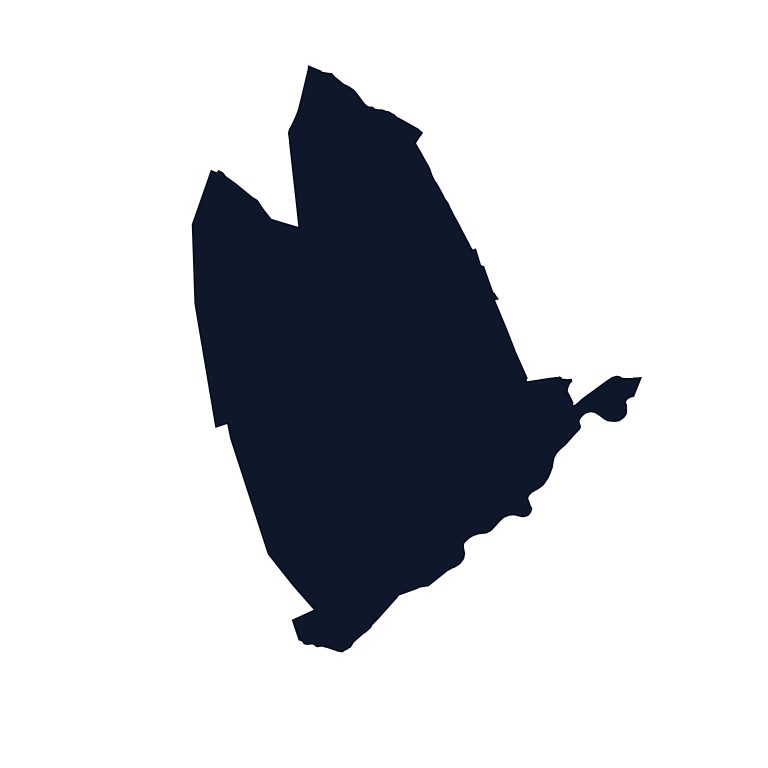 Zanesti, Neamt, Romania (Natural Earth projection), rotated 291°
{"feature_id": "2599482B84158919425532", "entity_name": "Zanesti", "entity_type": "district", "adm_level": 2, "iso_a3": "ROU", "parent_name": "Romania", "parent_adm1": "Neamt", "projection": "natural_earth1", "projection_center": [26.587, 46.826], "detail": "fine", "context": "isolated", "style": "filled", "palette": "ink", "viewbox_px": 768, "rotation_deg": 291, "n_neighbors": 0, "source": "geoboundaries", "source_scale": "gbopen_adm2", "svg_char_len": 5667}
<svg xmlns="http://www.w3.org/2000/svg" viewBox="0 0 768 768"><g transform="rotate(291 384 384)"><path d="M462.0,621.3L471.9,621.4L481.8,621.6L480.3,618.5L479.1,615.7L477.9,614.0L477.5,612.8L476.6,610.6L475.9,609.0L475.3,607.2L474.5,604.6L474.6,602.7L475.1,601.5L475.0,601.1L474.8,600.9L474.7,600.5L474.7,600.2L474.4,598.7L474.3,598.3L474.1,597.9L473.6,597.4L473.3,597.1L472.4,595.7L471.4,594.7L465.9,590.8L441.1,574.8L439.9,574.1L438.9,573.7L436.6,572.6L434.7,571.5L432.9,570.5L431.5,568.5L431.4,567.3L432.0,567.2L434.2,566.8L434.6,566.3L435.9,565.0L437.1,563.7L440.5,560.0L441.6,558.6L442.0,558.0L443.1,557.4L444.6,556.9L445.7,556.8L448.3,556.7L449.6,556.7L451.4,557.0L452.2,557.2L452.8,557.5L453.3,557.8L453.7,558.1L454.4,557.6L454.7,557.5L455.0,557.3L455.2,556.6L454.7,556.0L453.6,553.9L452.3,549.2L452.2,547.5L452.3,546.4L453.1,546.8L453.2,545.1L452.0,544.6L451.8,543.5L451.3,541.9L450.9,541.2L449.9,539.8L449.4,538.5L449.0,538.0L448.7,537.2L448.5,536.8L447.8,535.6L436.9,516.6L440.0,514.0L440.7,515.2L444.1,511.9L461.6,494.3L462.9,493.3L480.7,477.0L487.6,470.4L501.3,457.3L502.1,456.5L504.3,459.7L504.5,459.5L504.6,459.0L505.7,457.2L507.0,455.6L507.2,455.0L507.7,454.5L508.0,454.3L507.9,453.8L507.9,453.2L509.1,451.9L510.1,451.1L527.2,436.5L529.1,435.0L529.0,433.9L529.1,432.5L529.1,431.8L529.2,431.5L537.5,425.0L542.5,421.1L540.9,419.5L540.4,418.8L540.3,418.6L540.8,418.0L541.1,417.7L543.2,415.1L545.0,413.2L547.9,409.7L552.4,404.7L553.2,403.7L556.0,400.5L558.8,397.6L559.5,396.7L561.7,394.1L566.4,388.5L567.9,386.8L571.1,383.3L572.6,381.8L573.7,380.6L574.6,379.8L575.3,379.0L576.4,377.6L576.6,377.3L577.5,375.8L578.7,373.9L579.5,373.0L580.2,372.5L583.9,368.3L585.1,366.9L586.4,365.4L587.6,363.9L588.8,362.5L589.7,361.2L590.6,360.0L591.0,359.3L591.8,358.0L593.5,356.3L596.1,353.6L597.4,352.5L598.1,351.8L599.4,350.9L601.2,349.3L602.2,348.2L603.4,347.0L604.4,345.7L606.1,343.6L609.0,340.1L614.0,334.2L619.3,327.5L620.1,327.0L620.8,326.9L628.0,328.4L630.3,329.3L632.3,329.4L632.7,327.5L634.0,324.5L634.8,319.0L636.1,310.3L636.4,308.0L637.6,299.1L638.0,298.6L638.1,298.4L638.4,297.7L638.6,297.3L638.7,297.0L638.9,296.5L638.9,296.1L638.9,295.6L638.9,295.4L639.0,294.4L639.2,293.3L639.4,292.1L639.6,290.8L639.5,290.0L639.2,289.4L639.1,289.1L639.0,288.8L639.0,288.4L639.0,288.0L639.0,287.6L639.1,287.2L639.1,286.8L639.1,286.2L639.0,285.3L639.0,284.8L639.0,284.5L638.9,283.8L638.7,282.9L637.9,281.2L637.8,280.6L637.7,280.3L637.5,279.4L637.4,278.7L637.1,277.4L637.1,276.4L637.2,275.9L637.6,275.4L637.9,274.8L638.0,274.5L638.0,274.2L638.0,273.6L637.6,272.8L637.4,272.0L637.3,271.7L637.2,271.5L636.9,270.5L637.0,269.5L637.1,268.5L637.6,266.9L637.9,266.2L639.2,263.6L640.5,261.7L641.8,259.7L643.4,257.2L644.6,255.2L645.9,253.2L647.0,251.2L647.2,250.5L647.6,249.0L647.7,248.8L647.8,248.4L648.0,247.6L648.2,246.8L648.6,244.9L648.9,242.9L648.9,242.0L649.0,240.2L649.1,239.6L649.2,239.1L649.3,238.7L649.4,238.4L649.7,237.2L650.0,236.1L650.1,235.7L650.6,234.4L652.0,230.1L652.7,227.7L653.4,226.5L654.8,223.8L654.5,223.3L654.0,221.1L653.6,219.4L653.4,218.4L653.0,216.3L652.7,214.8L652.3,213.7L652.6,213.1L653.3,213.1L653.3,210.4L653.4,206.9L653.6,199.8L651.9,200.4L650.3,200.7L649.3,200.9L647.2,201.2L642.1,201.8L640.5,202.0L637.6,202.4L626.5,203.9L624.3,204.2L622.0,204.5L619.6,204.8L613.6,205.5L612.3,205.7L611.6,205.8L610.7,205.9L609.4,206.0L607.5,206.1L605.9,206.1L604.2,206.1L602.8,206.0L601.4,206.0L598.8,205.8L596.4,205.7L594.2,205.5L592.4,205.4L589.5,205.0L588.5,204.9L587.7,204.8L586.9,204.8L586.2,204.8L584.9,205.0L584.1,205.2L583.5,205.5L583.2,205.6L581.6,206.5L580.3,207.2L577.2,209.0L576.6,209.3L575.9,209.7L575.9,209.4L516.9,239.9L499.3,248.9L497.8,229.8L497.1,219.6L499.3,215.7L503.9,208.1L509.8,199.8L510.8,194.1L517.8,173.0L520.6,161.8L523.1,157.9L523.7,153.4L521.0,152.8L521.0,149.6L521.1,146.4L515.0,146.6L464.2,148.1L391.9,178.7L387.5,181.2L283.7,242.5L291.6,252.1L278.1,260.7L183.9,337.1L163.9,370.8L148.2,400.6L144.4,396.8L130.7,383.4L122.7,390.0L114.8,396.6L115.0,396.8L115.0,398.9L114.7,400.5L114.4,401.2L113.4,401.9L113.2,403.4L113.5,405.3L114.8,408.0L116.1,410.7L115.5,413.6L114.9,415.2L115.3,416.1L115.5,416.8L116.2,417.9L116.8,419.0L117.4,420.4L117.6,421.5L117.5,422.8L117.8,424.0L117.8,425.0L118.0,426.4L118.0,428.9L118.1,430.3L118.2,431.8L118.3,433.9L118.2,436.0L118.5,437.5L118.9,439.8L119.1,440.7L120.0,441.5L121.8,442.7L123.3,444.4L125.1,445.3L126.2,446.6L127.8,447.0L131.8,447.7L133.6,448.5L136.0,449.8L142.4,453.1L146.1,455.6L150.5,457.9L151.7,458.5L155.1,458.9L162.6,462.2L189.8,472.5L192.2,473.0L205.3,488.1L207.3,489.8L211.6,497.5L220.6,502.8L232.6,509.8L236.6,513.2L238.4,515.3L243.4,519.0L249.3,520.7L254.4,519.9L258.7,517.2L261.8,515.6L264.6,515.4L268.0,517.0L271.2,518.7L273.0,520.1L274.6,521.5L278.1,525.6L281.8,532.8L285.7,536.2L291.6,538.6L297.8,541.0L302.4,543.3L306.3,547.4L308.6,551.8L309.1,554.7L309.8,560.6L311.3,563.3L312.9,565.2L315.4,566.3L317.5,566.6L320.5,566.4L322.8,563.8L326.3,560.9L328.4,558.9L331.5,558.7L335.9,560.5L340.1,564.0L343.3,566.4L347.5,568.8L354.8,570.5L359.5,570.8L363.1,570.8L366.2,570.8L370.7,569.8L374.5,569.1L376.3,568.9L381.8,569.7L386.7,571.8L392.3,574.8L397.7,576.9L403.7,579.0L411.7,582.4L412.8,582.7L414.1,582.4L414.9,582.3L416.6,580.7L417.9,579.7L419.0,579.2L420.0,578.9L421.7,579.1L424.2,579.7L425.5,580.3L426.9,581.0L429.5,582.7L431.4,585.2L432.4,587.0L432.7,587.7L433.0,589.4L433.3,591.3L432.4,595.7L431.4,599.3L430.5,602.5L430.1,606.0L431.0,609.7L432.4,613.7L434.2,616.5L436.7,618.4L439.0,619.7L442.5,620.7L445.5,620.0L451.1,617.7L453.2,615.7L455.1,615.6L457.2,616.2L458.7,617.3L459.9,618.3L460.8,619.3L461.1,619.8L462.0,621.3Z" fill="#0f172a" stroke="#020617" stroke-width="1.5"/></g></svg>